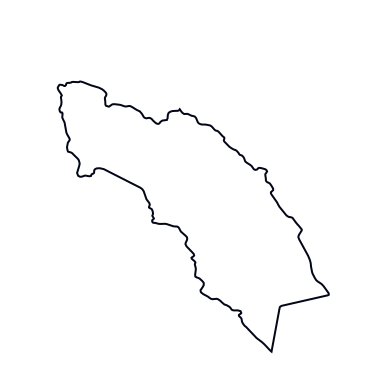 map outline of Puno (Equal Earth projection), rotated 134°
{"feature_id": "PER-573", "entity_name": "Puno", "entity_type": "Department", "adm_level": 1, "iso_a3": "PER", "parent_name": "Peru", "parent_adm1": "", "projection": "equal_earth", "projection_center": [-69.98, -15.156], "detail": "fine", "context": "isolated", "style": "outline", "palette": "ink", "viewbox_px": 384, "rotation_deg": 134, "n_neighbors": 0, "source": "natural_earth", "source_scale": "10m", "svg_char_len": 4953}
<svg xmlns="http://www.w3.org/2000/svg" viewBox="0 0 384 384"><g transform="rotate(134 192 192)"><path d="M251.6,23.9L251.7,25.0L251.3,34.4L251.4,37.6L252.2,43.9L251.5,59.4L251.7,61.2L251.4,63.2L250.9,65.1L250.4,66.1L249.1,67.9L248.6,68.8L248.5,69.9L248.6,70.9L248.6,71.8L248.1,72.7L247.4,72.9L245.6,72.4L244.8,72.5L244.0,74.3L245.2,76.6L248.4,80.0L249.0,81.2L249.0,82.1L248.8,83.1L248.6,84.3L248.6,85.4L249.4,88.5L250.4,90.5L250.6,93.2L250.6,96.1L251.0,98.6L251.7,100.1L254.9,102.8L255.5,103.9L255.9,105.2L256.2,107.9L257.7,113.2L257.9,116.0L256.8,117.6L252.8,118.3L250.8,118.9L249.3,120.3L249.0,121.7L248.9,123.2L249.0,126.3L249.4,127.7L250.2,129.3L250.5,130.9L249.3,132.3L245.5,135.1L244.3,136.2L242.0,139.8L241.6,140.0L240.6,140.4L240.2,140.7L240.0,142.1L240.2,145.8L239.8,146.6L238.6,146.6L237.2,146.2L236.1,146.4L235.3,147.9L234.9,158.1L234.1,160.4L233.2,161.1L229.9,162.3L228.6,163.3L228.0,164.4L227.9,165.8L228.2,172.2L228.1,172.9L227.1,175.8L226.8,177.3L227.2,178.7L228.5,180.2L229.5,181.4L232.8,188.2L233.8,189.5L237.3,192.9L238.2,194.1L239.7,196.8L241.1,198.6L241.0,200.0L240.0,201.0L238.6,200.9L237.5,201.0L236.7,204.0L234.7,204.9L233.6,206.3L232.7,207.9L232.3,209.2L233.0,211.5L233.0,212.2L232.5,212.6L230.9,213.3L230.3,213.7L229.6,215.1L229.3,216.7L229.1,218.3L228.8,219.8L225.0,227.3L224.5,229.7L224.8,232.1L225.5,234.4L228.0,242.5L230.5,250.7L233.0,258.8L235.5,267.0L236.8,271.3L238.8,274.6L239.9,275.8L241.2,276.9L242.6,277.5L244.1,277.5L244.7,277.1L245.9,276.0L246.5,275.7L247.2,275.8L249.1,276.5L250.7,275.8L252.1,276.9L254.4,280.3L257.5,281.9L258.8,283.1L259.4,285.2L258.1,287.9L251.5,291.3L249.5,292.6L248.0,295.1L247.5,296.4L247.4,298.1L247.4,302.7L247.3,305.1L247.6,306.4L249.1,309.3L248.4,310.5L247.4,312.1L246.5,313.1L243.0,315.4L241.9,315.7L239.8,316.0L238.9,316.7L238.4,317.9L237.2,322.1L236.4,323.8L230.5,332.0L228.9,336.4L228.2,337.4L225.7,339.4L225.3,339.9L225.1,340.6L225.3,341.1L225.8,341.3L226.0,341.8L225.8,343.1L224.5,345.0L222.9,345.7L221.3,346.1L219.7,346.9L217.8,348.5L214.7,352.3L214.3,352.4L213.3,352.6L213.0,352.7L212.4,354.4L211.5,358.8L210.5,360.8L210.4,360.9L209.8,361.2L207.8,361.7L207.4,361.8L207.0,361.7L206.6,361.5L206.1,361.0L205.1,359.5L204.9,359.0L204.4,357.4L204.2,357.2L203.8,357.0L203.2,356.9L202.8,356.9L202.6,357.0L202.1,357.3L201.2,357.7L200.9,357.7L200.5,357.6L200.0,357.3L198.3,355.7L197.7,355.3L197.2,355.0L196.9,355.0L196.4,354.8L196.1,354.7L194.9,353.5L192.9,351.1L191.6,349.8L191.3,349.6L191.1,349.5L190.9,349.5L190.4,349.4L190.0,349.0L188.7,346.6L185.4,338.7L181.6,331.4L180.5,327.9L180.4,326.9L180.3,325.7L180.3,325.1L180.4,323.0L180.6,322.3L181.1,321.5L181.8,321.0L182.4,320.7L184.2,320.3L184.8,320.0L185.4,319.5L187.0,317.4L189.3,315.0L189.7,313.7L188.3,311.0L184.7,310.3L184.0,310.0L183.2,309.3L182.2,308.2L179.2,304.2L178.2,302.2L177.4,300.3L176.9,299.6L176.4,298.9L173.8,297.0L173.0,295.9L172.3,293.3L171.3,288.6L170.3,285.7L170.3,285.0L170.4,283.5L170.7,281.7L171.5,279.0L171.6,278.1L171.3,277.1L170.8,276.1L168.5,274.4L167.8,273.3L167.5,271.8L167.7,269.2L167.6,266.8L167.5,265.6L167.1,264.5L166.5,263.6L165.6,263.2L164.5,263.2L163.6,263.4L161.3,263.0L157.6,260.1L155.7,260.9L155.1,261.5L154.2,262.2L153.4,262.9L151.6,263.7L150.6,263.7L149.0,263.2L147.5,262.4L144.2,259.4L144.1,259.2L143.6,258.7L142.3,258.1L141.0,258.3L141.5,255.8L141.7,253.9L141.4,251.9L139.0,249.6L138.4,248.3L137.5,245.4L136.9,244.5L136.4,243.7L136.1,243.1L135.8,242.3L135.9,241.4L135.9,240.8L136.1,240.1L137.6,236.7L137.8,236.0L137.9,235.0L137.7,233.9L137.1,232.6L136.6,231.8L134.2,229.2L133.4,228.1L131.5,225.1L131.3,224.2L131.2,223.1L131.4,220.5L131.5,219.5L131.5,219.0L131.5,218.2L131.1,217.2L130.6,216.5L130.3,215.5L130.2,214.3L130.6,209.1L130.4,206.6L131.1,205.9L131.5,205.6L132.4,205.2L132.8,204.9L133.2,204.1L133.3,203.0L133.5,196.7L133.1,194.0L132.6,192.1L132.1,190.7L131.7,190.0L131.4,189.1L131.4,188.0L131.5,186.3L131.7,185.2L132.1,184.0L132.0,183.7L132.0,183.3L131.1,181.6L131.1,179.3L131.6,177.8L133.0,175.0L133.0,173.9L132.8,172.4L132.2,169.7L132.0,168.4L131.9,167.3L132.6,163.6L132.5,162.6L132.0,161.7L130.8,160.9L130.0,160.8L129.2,160.9L128.6,160.8L128.0,160.5L127.5,159.9L126.4,158.3L125.0,155.6L124.7,155.0L124.6,154.2L124.6,153.5L125.0,152.3L126.0,152.0L127.7,151.8L128.3,151.6L128.8,151.1L129.4,150.4L130.2,149.3L131.2,148.0L131.7,147.6L132.3,146.9L132.6,146.3L132.7,145.6L132.7,144.7L132.1,143.2L131.8,141.9L132.2,139.6L133.2,136.0L133.8,135.4L134.3,134.9L137.3,135.1L137.9,134.5L138.2,134.1L138.5,133.4L140.4,123.6L141.4,120.7L141.9,118.9L143.2,108.3L143.1,106.6L142.6,104.8L141.8,103.9L141.2,102.8L140.8,101.8L141.9,95.2L142.2,91.1L142.7,87.0L143.6,86.3L148.4,85.3L150.0,84.6L150.7,84.0L151.7,81.8L157.2,64.2L159.0,60.1L159.9,58.5L161.1,56.7L162.8,54.8L166.2,50.0L167.1,48.2L168.6,43.7L169.1,41.6L169.1,40.7L169.1,39.8L168.2,35.0L168.3,32.1L169.9,23.3L171.0,22.2L171.9,22.5L211.7,48.5L213.3,48.9L214.3,48.6L251.6,23.9L251.6,23.9Z" fill="none" stroke="#020617" stroke-width="2"/></g></svg>